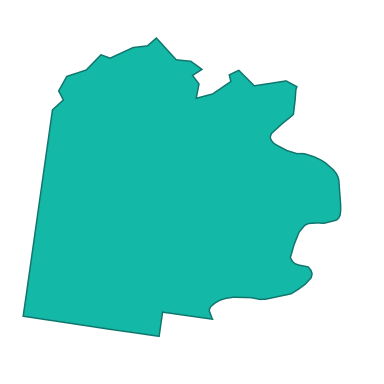 Marshall, Oklahoma, United States of America (Natural Earth projection), rotated 278°
{"feature_id": "52423323B10683524910186", "entity_name": "Marshall", "entity_type": "district", "adm_level": 2, "iso_a3": "USA", "parent_name": "United States of America", "parent_adm1": "Oklahoma", "projection": "natural_earth1", "projection_center": [-96.746, 33.999], "detail": "fine", "context": "isolated", "style": "filled", "palette": "teal", "viewbox_px": 384, "rotation_deg": 278, "n_neighbors": 0, "source": "geoboundaries", "source_scale": "gbopen_adm2", "svg_char_len": 1209}
<svg xmlns="http://www.w3.org/2000/svg" viewBox="0 0 384 384"><g transform="rotate(278 192 192)"><path d="M69.8,42.2L45.5,42.1L44.6,129.6L44.5,179.5L68.9,179.6L68.9,230.0L70.6,228.9L76.2,225.9L77.7,225.5L80.2,226.1L81.8,227.0L85.3,230.3L88.0,233.7L89.5,236.2L91.5,240.6L93.6,247.8L95.6,265.3L95.1,274.3L96.1,279.9L105.0,304.3L110.4,310.8L116.6,317.1L123.8,322.0L127.7,322.3L131.0,320.7L134.0,317.4L134.5,308.1L135.3,304.0L136.9,301.5L140.6,298.5L154.1,300.4L167.1,303.6L174.6,308.2L176.7,311.2L177.3,313.0L179.0,321.4L179.3,326.8L183.6,337.4L184.5,339.2L186.7,341.0L189.9,341.9L195.2,341.7L200.8,340.8L224.3,335.7L227.3,334.4L229.9,332.7L233.3,329.3L239.5,319.9L241.3,315.9L243.7,308.7L245.4,299.3L245.5,296.9L244.6,290.4L246.3,280.1L250.3,269.0L251.6,266.2L253.5,264.0L255.9,262.2L257.9,261.9L261.0,262.5L272.1,271.7L281.8,280.7L283.1,281.6L297.6,281.3L307.8,280.6L310.9,281.2L315.1,269.7L305.8,238.9L319.0,221.4L313.2,212.6L306.8,215.1L291.9,198.7L285.4,183.1L299.9,183.9L307.5,176.3L314.8,184.8L321.3,172.6L320.7,158.0L339.5,135.3L330.5,127.5L326.8,113.5L313.1,92.2L315.2,82.8L298.1,70.3L289.0,51.9L273.5,45.9L265.3,51.8L253.9,42.4L69.8,42.2Z" fill="#14b8a6" stroke="#0f766e" stroke-width="1.5"/></g></svg>